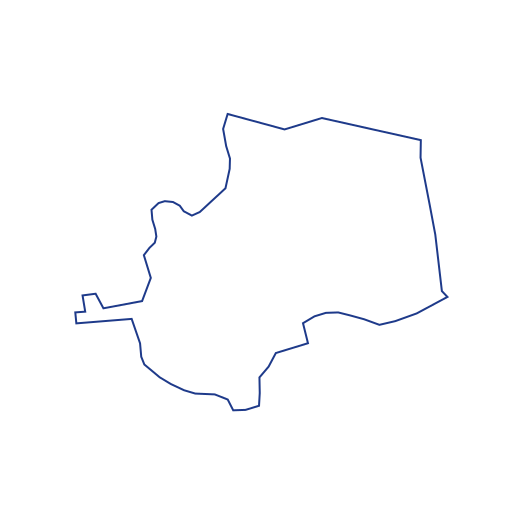 outline of Putatan, Sabah, Malaysia, rotated 253°
{"feature_id": "92858781B21470525413455", "entity_name": "Putatan", "entity_type": "district", "adm_level": 2, "iso_a3": "MYS", "parent_name": "Malaysia", "parent_adm1": "Sabah", "projection": "albers", "projection_center": [116.061, 5.886], "detail": "fine", "context": "isolated", "style": "outline", "palette": "blue", "viewbox_px": 512, "rotation_deg": 253, "n_neighbors": 0, "source": "geoboundaries", "source_scale": "gbopen_adm2", "svg_char_len": 952}
<svg xmlns="http://www.w3.org/2000/svg" viewBox="0 0 512 512"><g transform="rotate(253 256 256)"><path d="M318.6,447.5L368.7,359.3L368.7,320.3L400.1,270.4L387.1,261.7L369.8,259.6L356.8,259.6L347.0,256.3L329.7,246.6L314.5,215.1L313.4,206.5L319.9,200.0L326.4,197.8L331.9,192.4L335.1,184.8L335.1,178.3L330.8,169.6L321.0,167.5L311.3,167.5L303.7,166.4L298.3,163.1L295.0,156.6L289.6,149.0L277.7,149.0L265.8,149.0L246.2,133.9L250.6,94.8L266.8,91.6L269.0,78.6L252.7,76.4L254.9,66.7L244.1,64.5L232.2,118.7L206.4,119.6L193.2,116.8L184.9,117.5L168.2,128.4L158.5,137.1L148.7,147.9L142.2,157.7L135.7,176.1L127.0,187.0L115.1,189.1L111.9,201.0L111.9,215.1L123.8,219.5L138.9,223.8L146.5,235.7L157.4,246.6L157.4,259.6L157.4,280.2L178.0,281.3L181.2,294.3L181.2,306.2L178.0,318.1L171.5,328.9L163.9,340.9L154.1,353.9L153.0,370.1L154.1,392.9L160.9,427.1L168.1,423.5L224.0,433.7L254.5,437.1L301.9,442.1L318.6,447.5Z" fill="none" stroke="#1e3a8a" stroke-width="2"/></g></svg>